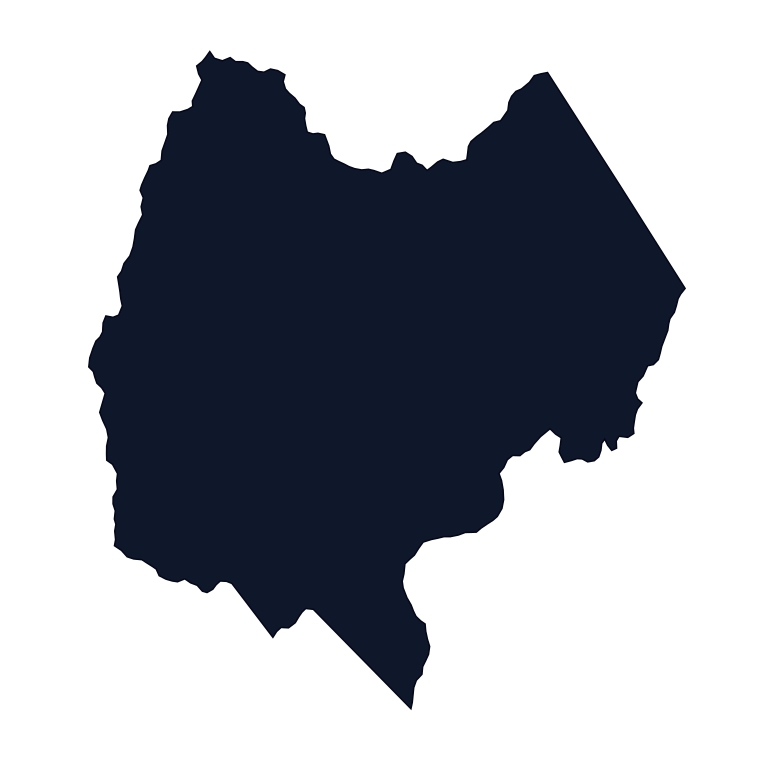 outline of Iguaí, Bahia, Brazil, rotated 3°
{"feature_id": "56859067B21747543887163", "entity_name": "Iguaí", "entity_type": "district", "adm_level": 2, "iso_a3": "BRA", "parent_name": "Brazil", "parent_adm1": "Bahia", "projection": "robinson", "projection_center": [-40.072, -14.65], "detail": "fine", "context": "isolated", "style": "filled", "palette": "ink", "viewbox_px": 768, "rotation_deg": 3, "n_neighbors": 0, "source": "geoboundaries", "source_scale": "gbopen_adm2", "svg_char_len": 3418}
<svg xmlns="http://www.w3.org/2000/svg" viewBox="0 0 768 768"><g transform="rotate(3 384 384)"><path d="M192.6,61.1L188.7,67.3L185.6,71.5L180.3,76.2L182.7,84.0L186.3,90.0L183.8,96.5L181.0,103.7L177.8,111.4L178.5,116.9L173.8,120.1L166.0,123.1L158.7,123.4L155.3,130.2L154.3,137.1L155.1,146.0L152.8,154.0L150.2,162.8L149.9,172.3L144.7,176.1L138.9,178.2L137.4,183.3L134.2,191.0L131.6,198.0L130.3,203.3L133.9,210.7L132.2,219.7L134.2,227.7L130.4,236.4L127.9,242.9L127.2,252.2L126.2,260.2L123.5,269.4L118.1,277.2L116.0,285.2L112.4,290.9L113.9,297.9L115.5,305.5L116.7,312.7L118.6,319.8L115.4,329.1L109.9,331.6L102.7,330.6L100.3,337.7L100.3,346.7L97.9,352.0L94.1,356.2L91.5,363.6L88.8,373.3L88.3,382.4L93.1,386.8L94.8,392.1L97.2,398.2L102.2,402.4L106.1,407.9L104.1,416.5L101.6,427.2L105.1,435.2L109.5,443.5L111.6,451.9L110.3,460.5L110.6,468.3L111.1,474.6L117.1,478.4L122.6,487.4L122.1,494.8L123.3,503.2L119.4,510.9L119.7,517.9L122.3,524.7L121.8,533.0L123.6,538.1L122.8,544.9L124.1,553.5L123.3,559.6L130.4,563.8L136.6,570.0L143.2,571.8L151.4,572.1L156.9,575.3L161.9,578.1L166.2,580.7L169.5,587.2L176.5,590.3L183.0,591.8L188.2,592.3L195.3,589.0L201.3,592.7L208.0,594.8L213.5,600.4L218.2,601.5L223.8,597.9L226.9,593.2L230.8,589.3L237.1,589.3L242.5,591.1L286.3,642.8L289.7,636.8L293.9,632.5L301.4,632.5L307.9,627.0L311.1,620.9L314.0,616.2L317.6,612.3L325.2,612.7L427.9,706.9L428.9,700.6L429.3,691.7L429.6,685.6L431.8,678.2L437.1,671.9L437.4,664.3L440.1,658.0L442.6,651.7L443.3,643.7L440.7,636.5L438.6,628.7L437.6,621.5L432.9,618.6L428.1,614.4L425.3,609.3L422.7,603.4L418.1,596.3L413.8,586.7L412.5,580.0L413.8,572.6L414.3,562.5L419.1,557.4L423.3,553.3L427.2,546.3L431.4,539.8L439.4,536.8L445.9,535.1L451.9,533.3L458.1,533.0L466.2,530.9L472.9,528.0L478.2,527.6L484.0,527.1L488.4,522.9L494.2,518.5L500.0,514.3L504.1,510.3L508.3,502.1L509.5,493.4L508.5,483.5L506.4,474.3L503.5,467.3L508.0,461.1L511.1,453.2L516.2,448.6L523.5,448.4L528.1,444.2L533.0,442.0L537.0,435.9L543.0,428.4L547.7,424.1L552.1,420.0L558.0,425.1L563.8,428.4L563.3,435.9L562.5,442.7L565.1,447.4L568.3,452.8L574.8,450.7L580.8,448.4L585.8,448.4L591.5,451.1L598.0,449.6L602.2,445.6L604.1,438.8L604.5,431.9L607.3,427.5L610.5,433.4L614.9,438.4L619.6,435.9L618.9,428.7L621.4,423.9L630.3,424.5L636.1,420.3L635.3,415.0L635.9,408.3L636.6,401.6L638.4,395.6L642.6,389.3L638.1,385.7L635.4,379.8L636.4,374.1L637.4,368.5L642.3,362.5L646.3,352.0L652.0,350.5L656.7,345.3L658.2,338.6L659.4,331.8L661.7,324.6L664.6,315.6L665.1,309.1L666.1,303.8L670.2,297.2L671.9,290.3L673.2,283.5L675.5,278.7L679.7,272.8L624.1,194.4L609.0,173.1L531.0,64.4L524.2,66.1L517.9,68.2L513.5,75.1L505.7,82.3L500.4,84.9L496.4,90.0L494.0,96.3L493.4,104.3L486.7,115.0L479.9,117.1L474.7,122.4L468.1,128.5L463.7,132.0L458.2,137.3L455.9,142.4L455.4,150.2L454.9,155.8L448.8,157.9L441.1,159.2L431.3,156.5L425.9,159.5L419.9,165.1L415.8,168.5L410.7,163.6L405.0,161.8L400.1,155.3L393.2,151.4L385.2,153.2L382.3,160.7L379.7,169.3L370.8,173.7L362.8,171.4L357.2,170.4L350.5,171.4L343.4,170.5L337.5,168.7L333.0,166.6L327.0,164.2L322.3,162.1L318.4,157.1L316.4,149.3L311.6,138.2L304.9,137.1L299.9,138.0L294.2,136.5L292.3,130.2L290.7,123.0L291.2,117.5L289.7,112.0L285.0,109.1L280.1,103.2L274.1,98.6L270.1,94.5L267.5,87.3L268.9,80.4L261.5,76.6L254.2,75.4L247.9,78.9L241.4,78.4L235.4,74.2L231.1,70.5L226.1,69.5L218.8,69.9L213.3,66.1L205.7,69.7L197.6,67.6L192.6,61.1Z" fill="#0f172a" stroke="#020617" stroke-width="1.5"/></g></svg>